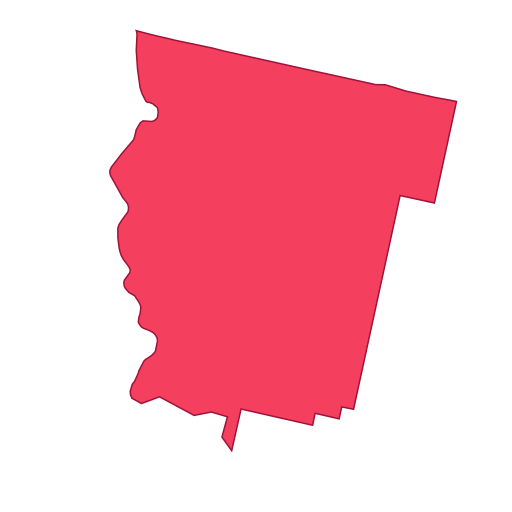 Asotin, Washington, United States of America, rotated 192°
{"feature_id": "52423323B79616802808075", "entity_name": "Asotin", "entity_type": "district", "adm_level": 2, "iso_a3": "USA", "parent_name": "United States of America", "parent_adm1": "Washington", "projection": "albers", "projection_center": [-117.06, 46.229], "detail": "fine", "context": "isolated", "style": "filled", "palette": "rose", "viewbox_px": 512, "rotation_deg": 192, "n_neighbors": 0, "source": "geoboundaries", "source_scale": "gbopen_adm2", "svg_char_len": 1559}
<svg xmlns="http://www.w3.org/2000/svg" viewBox="0 0 512 512"><g transform="rotate(192 256 256)"><path d="M347.9,91.1L337.4,87.9L321.1,98.2L283.4,87.2L267.2,94.1L250.5,92.8L251.7,71.8L239.3,60.5L238.8,103.2L165.4,102.2L165.5,114.4L140.8,114.0L140.8,126.2L128.7,126.4L127.6,345.1L92.5,344.9L92.0,448.8L94.6,448.8L94.8,448.8L115.3,448.3L143.9,448.5L165.3,450.4L174.7,448.5L245.1,449.0L246.4,449.0L247.5,449.0L330.4,449.8L341.3,450.3L379.4,450.2L405.6,450.8L420.0,451.5L419.3,450.5L418.4,447.7L415.9,432.3L410.8,414.4L404.4,396.6L401.0,390.8L395.9,384.5L394.1,383.7L392.5,384.1L388.5,383.4L383.3,380.7L381.6,376.6L381.3,372.8L381.2,371.2L381.7,369.9L383.4,367.5L384.5,366.7L386.1,365.9L394.6,364.7L397.0,362.0L399.4,354.6L399.5,348.1L399.9,344.3L401.0,342.2L408.5,328.4L415.9,313.0L416.7,309.6L416.3,307.1L415.1,304.5L404.8,292.7L398.6,285.6L392.5,280.5L390.8,277.3L390.4,273.9L390.6,272.3L394.5,263.6L396.5,258.4L396.9,254.3L394.8,244.8L391.6,235.6L390.2,232.5L388.2,228.9L386.8,227.2L384.8,224.9L378.3,219.2L376.1,216.3L375.9,214.5L376.2,212.9L379.7,205.1L379.8,202.6L378.7,199.3L376.9,197.0L372.5,193.8L366.6,192.0L361.5,187.1L359.0,184.1L358.0,181.9L357.7,179.6L357.4,174.4L357.8,172.2L357.5,167.4L357.1,166.4L354.9,164.0L353.2,162.7L351.0,161.9L344.6,160.9L341.0,159.8L338.6,158.4L335.8,155.5L334.7,152.5L334.7,151.6L334.6,141.8L335.6,139.8L337.7,136.7L341.0,133.2L342.3,132.2L343.8,129.9L346.7,119.3L346.8,116.8L348.8,107.7L349.8,106.2L350.4,104.4L350.9,97.4L349.8,93.8L347.9,91.5L347.9,91.1Z" fill="#f43f5e" stroke="#9f1239" stroke-width="1.5"/></g></svg>